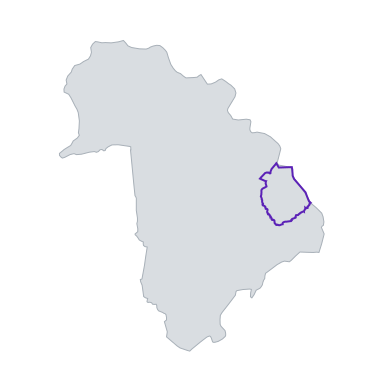 Soum, Soum, Burkina Faso (highlighted), rotated 85°
{"feature_id": "67063806B70466570504467", "entity_name": "Soum", "entity_type": "district", "adm_level": 2, "iso_a3": "BFA", "parent_name": "Burkina Faso", "parent_adm1": "Soum", "projection": "robinson", "projection_center": [-1.051, 14.286], "detail": "fine", "context": "in_parent", "style": "outline", "palette": "violet", "viewbox_px": 384, "rotation_deg": 85, "n_neighbors": 0, "source": "geoboundaries", "source_scale": "gbopen_adm2", "svg_char_len": 7259}
<svg xmlns="http://www.w3.org/2000/svg" viewBox="0 0 384 384"><g transform="rotate(85 192 192)"><path d="M290.9,249.3L280.6,249.8L276.8,251.0L274.6,251.1L274.5,250.0L274.2,249.4L261.2,245.8L252.1,243.7L242.9,241.4L242.3,243.6L241.0,245.0L239.0,245.1L237.6,244.8L236.7,246.5L235.2,248.7L233.0,249.8L230.9,251.1L229.7,252.3L228.9,252.4L226.8,249.5L224.0,249.2L218.7,249.7L216.4,248.9L213.1,248.6L205.5,249.1L193.3,248.0L191.4,248.6L190.8,249.1L178.8,249.3L165.5,249.4L154.4,249.5L144.7,249.6L144.7,249.2L141.6,249.1L141.2,250.0L138.5,261.4L138.1,267.6L139.6,271.4L141.2,273.9L143.1,274.9L143.3,276.3L141.8,278.0L141.9,279.9L143.6,281.8L144.1,283.7L143.2,285.8L143.4,290.8L144.7,298.7L144.7,303.8L143.5,306.2L144.1,310.2L146.4,315.8L146.9,318.2L146.0,319.3L144.0,320.8L142.0,320.7L139.7,317.3L138.6,315.8L136.8,312.3L135.1,308.8L133.0,307.3L130.8,305.9L128.2,301.5L125.7,299.3L123.1,300.0L119.2,299.1L111.4,298.0L103.0,298.4L99.5,299.4L96.1,301.0L87.3,304.5L83.9,306.3L81.3,310.7L78.3,310.6L75.4,309.2L73.5,307.2L69.5,307.6L65.7,305.7L62.0,301.8L59.2,300.6L55.8,297.8L54.8,292.5L52.6,288.7L50.6,283.6L47.6,281.3L44.1,280.0L39.3,280.3L36.1,278.2L33.7,275.2L34.3,272.6L35.5,268.8L35.6,265.2L36.4,259.4L36.0,252.2L35.1,247.1L37.8,245.0L40.8,243.1L42.8,239.6L44.8,231.9L45.6,225.2L45.0,222.7L44.0,220.8L43.2,217.9L42.8,214.4L43.3,211.3L45.7,208.5L48.6,206.1L50.7,204.9L56.1,203.8L63.0,202.0L66.9,200.0L69.8,198.0L71.4,196.4L73.1,193.1L75.7,190.6L77.8,188.1L78.1,181.0L78.1,176.9L76.6,174.7L75.8,172.8L85.9,167.3L86.0,163.4L84.6,159.0L82.6,155.5L81.9,152.5L84.7,148.9L87.2,146.2L89.0,143.9L93.0,140.5L97.2,139.6L100.9,140.9L112.0,149.0L113.9,149.6L116.2,148.9L119.1,146.8L122.9,145.1L124.3,139.6L124.2,131.6L125.1,127.9L127.1,127.2L133.5,128.8L135.1,128.9L137.0,128.3L138.3,126.9L138.3,124.3L138.0,122.0L140.1,114.6L143.9,109.0L151.5,101.9L153.9,100.5L156.7,99.8L170.4,104.6L172.7,103.4L176.0,91.5L179.7,90.4L184.2,90.2L187.1,89.1L188.6,88.3L195.1,83.8L206.6,77.6L212.8,75.0L214.1,74.0L218.5,69.6L224.4,64.6L228.1,63.6L233.3,63.2L236.6,64.0L237.4,65.4L238.5,66.2L245.3,64.0L255.0,67.4L263.3,70.8L262.8,72.9L262.8,76.6L262.1,82.6L261.2,89.7L264.7,94.3L268.8,99.2L270.0,101.1L268.9,106.0L269.6,108.8L271.8,113.6L275.6,119.6L279.4,125.8L282.0,126.7L284.6,127.1L286.1,128.3L288.3,129.3L290.6,130.0L292.5,131.4L293.8,132.7L295.4,136.6L299.7,139.1L302.7,141.6L301.5,142.9L297.7,142.4L294.2,141.3L293.7,143.1L293.6,150.1L294.2,156.0L295.0,156.8L298.6,157.8L307.0,165.4L314.7,172.6L317.3,174.5L321.5,175.2L326.3,175.5L328.3,174.8L332.9,171.2L335.4,170.8L337.6,170.9L338.8,171.5L341.1,174.5L343.1,178.9L343.7,182.2L343.6,184.0L342.9,184.6L339.1,185.5L337.5,186.2L337.0,187.1L337.6,189.4L338.4,190.8L342.5,197.2L348.5,205.9L350.3,208.1L349.3,210.7L346.3,217.5L344.0,220.3L334.1,230.0L329.1,228.8L318.8,230.8L317.3,228.6L314.9,228.3L311.9,228.6L310.8,229.5L310.5,230.4L309.4,231.8L307.5,235.6L306.1,236.5L304.2,237.1L302.0,237.0L300.7,237.5L300.7,239.4L300.3,241.1L298.8,241.9L298.1,243.7L298.2,245.5L297.4,246.4L295.4,245.9L294.3,245.4L293.2,247.8L291.9,249.3L290.9,249.3Z" fill="#d9dde1" stroke="#a8b0b8" stroke-width="1"/><path d="M184.6,123.1L184.7,122.9L184.8,122.8L184.8,122.6L185.0,122.2L185.3,122.0L185.3,121.9L185.8,121.1L186.1,120.5L186.7,119.5L187.1,118.7L187.4,118.1L187.6,117.7L187.8,117.5L187.8,117.4L188.0,117.5L188.3,117.6L188.8,117.7L189.7,117.8L190.0,117.9L191.7,117.5L192.3,117.4L192.9,117.3L193.0,117.3L193.3,117.9L193.5,118.3L193.8,118.9L194.1,119.7L194.7,121.2L195.0,121.6L195.2,121.9L195.7,122.3L195.9,122.5L196.3,122.7L196.6,122.7L197.4,122.8L198.1,122.8L199.0,122.9L199.4,123.0L199.9,123.1L200.5,123.1L202.1,123.7L202.3,123.7L202.5,123.8L202.7,123.7L203.4,123.4L204.8,123.1L205.1,123.0L205.4,123.1L205.6,123.2L206.0,123.0L206.2,122.9L206.3,122.8L206.5,122.8L206.8,122.8L207.3,122.9L207.7,123.0L208.2,122.9L208.7,122.9L209.2,122.7L209.3,122.7L209.5,122.5L209.6,122.3L209.9,122.2L210.0,122.2L210.2,122.3L210.4,122.6L210.6,122.8L210.8,122.9L211.1,122.8L211.3,122.7L211.5,122.5L211.7,122.3L211.8,121.9L212.2,121.1L212.3,120.9L213.0,120.4L213.3,120.2L213.5,120.1L213.9,120.2L214.0,120.3L214.5,120.1L214.8,120.1L215.1,120.1L215.3,119.9L215.3,119.6L215.3,119.4L215.3,119.1L215.5,118.7L215.8,118.4L216.0,118.3L216.3,118.3L216.6,118.3L217.1,118.5L217.3,118.6L217.7,118.7L218.0,118.8L218.4,118.9L218.5,118.9L218.9,118.7L219.1,118.7L219.3,118.5L219.5,118.5L219.6,118.4L219.8,118.3L219.9,118.2L219.9,118.3L220.1,118.3L220.3,118.4L220.6,118.3L220.6,118.1L220.9,118.0L220.9,117.9L221.0,117.7L220.9,117.5L221.0,117.4L221.4,117.2L221.6,116.9L221.8,116.7L222.0,116.5L222.3,116.6L222.6,116.6L222.8,116.4L223.0,116.2L223.3,115.7L223.7,115.7L223.9,115.7L223.9,115.8L224.1,115.9L224.1,116.0L224.3,116.1L224.4,115.8L224.5,115.5L224.6,115.3L224.8,115.1L225.3,115.0L225.4,114.9L225.7,114.9L225.9,115.0L226.1,115.1L226.3,115.0L226.7,114.8L226.8,114.6L226.9,114.4L226.8,114.0L226.8,113.6L226.8,113.4L226.8,113.2L227.1,113.0L227.1,112.9L227.3,112.6L227.5,112.5L227.6,112.4L227.9,112.4L228.2,112.4L228.6,112.4L230.1,112.4L230.4,112.3L230.5,112.2L230.7,111.9L230.9,111.8L231.0,111.6L231.3,111.6L231.6,111.3L231.8,111.1L232.2,110.9L232.2,110.7L232.2,110.3L232.2,110.2L232.1,109.9L232.0,109.7L232.1,109.4L232.3,109.3L232.3,109.1L232.4,108.9L232.5,108.7L232.6,108.4L232.7,108.2L232.7,107.7L232.7,107.3L232.4,106.6L232.3,106.1L232.0,104.8L232.0,104.5L231.4,104.5L231.0,104.4L230.7,104.3L230.4,104.0L230.2,103.6L230.0,103.2L229.8,102.4L229.7,102.0L229.7,101.6L229.8,100.8L229.6,96.2L229.6,95.8L229.5,95.7L229.3,95.5L229.2,95.4L229.1,95.6L228.8,95.6L228.7,95.5L228.7,95.4L228.3,95.4L228.0,94.9L227.8,94.8L227.6,94.6L227.4,94.2L227.4,93.7L227.0,92.5L226.7,91.6L226.7,91.2L226.5,90.9L226.4,90.9L226.2,91.0L225.3,90.8L225.2,90.9L224.9,90.7L224.5,90.4L224.4,90.4L224.3,90.2L224.2,90.2L224.2,89.9L224.1,89.7L224.2,89.2L224.2,88.8L224.2,88.7L224.2,88.4L224.1,88.2L223.8,88.0L223.8,87.9L223.7,87.7L223.4,87.4L223.2,87.3L223.1,87.2L223.0,86.8L223.0,86.6L222.5,86.2L222.3,86.0L222.2,85.4L221.9,85.2L221.7,84.7L221.7,84.4L221.5,84.1L221.4,83.9L221.4,83.5L221.3,83.4L221.2,83.0L221.0,82.7L221.0,82.3L221.1,82.2L220.8,82.2L220.7,82.0L220.5,81.9L220.4,81.8L220.3,81.7L220.2,81.6L219.9,81.5L219.7,81.4L219.1,81.1L218.9,80.9L218.8,80.6L218.7,80.6L218.4,80.4L218.2,80.3L217.9,80.5L217.6,80.5L217.7,80.4L217.8,80.1L217.8,79.9L217.9,79.7L218.0,79.4L217.9,79.1L218.0,78.9L218.0,78.7L218.0,78.4L217.9,78.4L217.7,78.3L217.4,78.3L217.4,78.2L216.6,78.1L216.5,77.9L216.5,77.6L216.3,77.5L216.1,77.4L215.9,77.2L215.6,76.7L215.1,76.2L214.9,76.1L214.8,76.3L214.6,76.2L214.5,75.9L214.3,75.8L214.0,75.7L213.9,75.7L213.7,75.8L213.5,75.7L213.3,75.7L213.0,74.8L211.3,76.3L208.8,77.1L205.0,78.2L202.3,78.9L187.9,89.2L184.6,90.3L182.1,90.2L180.5,90.2L179.4,90.2L178.9,90.1L175.9,90.4L175.2,103.4L170.7,105.5L170.9,105.7L171.0,105.6L171.2,105.8L171.3,105.9L171.4,106.0L172.9,107.6L174.0,108.7L174.9,109.6L176.0,110.7L178.5,112.0L180.1,112.2L180.2,112.3L180.2,113.0L179.9,113.3L179.8,113.5L179.6,113.7L179.5,113.9L179.3,114.2L179.3,114.4L179.2,114.6L179.2,114.8L179.3,115.1L179.2,115.3L179.1,115.6L179.1,115.8L179.1,116.0L179.2,116.3L179.3,116.7L179.5,117.5L179.8,117.9L180.0,118.1L180.2,118.3L180.5,118.6L182.0,120.3L183.2,121.7L183.9,122.4L184.3,122.8L184.6,123.1Z" fill="none" stroke="#5b21b6" stroke-width="2"/></g></svg>